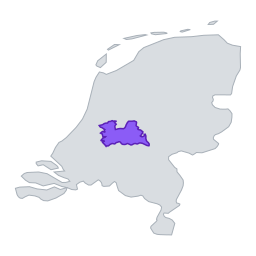 where Utrecht sits in Netherlands
{"feature_id": "NLD-3484", "entity_name": "Utrecht", "entity_type": "Province", "adm_level": 1, "iso_a3": "NLD", "parent_name": "Netherlands", "parent_adm1": "", "projection": "robinson", "projection_center": [5.188, 52.113], "detail": "fine", "context": "in_parent", "style": "filled", "palette": "violet", "viewbox_px": 256, "rotation_deg": 0, "n_neighbors": 0, "source": "natural_earth", "source_scale": "10m", "svg_char_len": 4971}
<svg xmlns="http://www.w3.org/2000/svg" viewBox="0 0 256 256"><path d="M171.6,234.9L165.6,234.8L159.9,234.6L157.0,234.3L153.8,233.1L152.3,230.8L150.6,228.0L151.0,226.3L156.3,221.4L157.1,220.1L156.5,219.4L157.1,217.2L161.1,209.9L161.6,207.0L159.8,205.0L157.2,203.8L148.7,201.6L144.6,198.6L142.8,195.9L140.9,195.2L138.1,196.1L131.1,197.1L125.4,195.6L118.6,190.6L117.1,186.1L116.2,182.7L114.5,181.5L112.3,183.2L109.4,186.0L103.8,186.4L102.1,185.7L101.9,184.2L101.5,182.7L100.0,180.9L98.3,179.8L91.1,185.0L88.5,185.0L85.1,183.0L83.4,181.1L79.8,182.2L76.4,184.6L77.5,189.1L75.8,189.9L71.7,189.5L67.1,187.6L61.9,186.5L54.1,183.4L43.2,185.9L35.7,182.9L29.4,182.6L25.5,180.2L21.3,176.1L24.3,173.5L27.2,172.5L38.7,172.0L47.1,173.7L62.1,182.5L65.9,182.4L69.9,181.3L67.9,178.9L64.1,177.7L58.5,175.4L54.1,172.0L64.6,171.0L63.2,169.3L61.8,166.3L50.8,156.1L52.7,153.3L55.5,147.4L59.0,142.4L61.8,141.1L66.3,137.6L76.2,127.3L82.5,119.0L87.2,109.1L94.1,81.7L96.1,77.1L99.4,72.0L103.5,72.9L106.3,74.4L116.4,70.5L133.7,60.4L138.8,51.7L143.8,47.6L163.6,39.7L174.6,37.3L191.5,36.7L203.7,35.3L218.4,34.8L224.0,39.7L227.3,43.2L232.5,45.2L240.6,46.6L240.2,53.7L240.5,67.6L239.9,70.1L236.3,76.0L232.6,86.6L231.6,93.5L230.5,94.9L215.0,94.8L212.8,96.0L212.5,97.5L213.3,99.3L213.0,101.1L211.7,102.5L212.4,104.8L215.1,107.5L220.1,109.1L225.3,109.2L228.0,108.9L230.0,110.8L232.0,113.7L231.9,117.3L231.2,122.2L228.7,126.7L221.6,131.9L218.4,133.7L215.4,134.6L214.0,136.0L213.3,137.8L213.5,139.3L218.6,143.5L218.5,144.4L217.1,146.6L215.1,148.6L202.0,152.8L196.5,152.5L193.4,154.6L192.5,155.0L189.0,153.1L181.3,150.9L178.4,151.6L176.8,152.8L172.0,154.3L168.6,156.7L168.6,159.7L174.7,167.4L176.9,168.9L177.0,171.8L180.0,175.5L183.1,180.0L183.4,182.9L183.1,185.8L181.5,190.0L176.3,199.7L176.2,201.6L176.7,203.0L178.5,203.4L179.9,204.1L179.5,205.4L169.5,212.2L168.3,213.3L164.1,213.0L163.4,214.1L164.0,216.0L165.6,217.5L169.2,218.4L172.3,220.1L174.8,223.4L171.6,234.9ZM67.1,187.6L66.2,190.4L63.9,193.5L56.0,198.0L47.8,200.9L43.6,200.6L40.7,199.0L39.2,197.4L34.9,195.9L28.9,195.1L25.1,196.8L22.4,198.4L20.1,198.1L18.4,196.8L17.1,194.7L15.4,188.3L19.8,187.1L29.5,186.7L37.0,188.9L46.8,190.0L54.4,186.9L60.3,189.5L67.1,187.6ZM50.9,161.4L56.6,165.4L57.8,166.7L58.3,168.1L51.0,169.7L43.2,164.7L38.1,165.9L36.2,163.6L36.2,162.1L41.5,160.8L50.9,161.4ZM106.2,62.3L100.4,67.6L96.9,66.1L95.9,64.9L97.7,60.8L106.3,54.0L106.2,62.3ZM131.8,38.9L126.4,39.5L123.9,38.4L137.0,35.5L145.3,34.6L146.7,35.0L131.8,38.9ZM166.9,33.5L155.4,34.7L151.5,33.8L150.9,32.9L154.0,32.4L163.8,32.2L166.8,33.0L166.9,33.5ZM119.2,44.7L108.4,50.1L107.5,49.3L114.5,44.5L119.2,44.7ZM213.5,24.3L208.2,24.5L209.7,22.5L214.7,21.1L217.3,21.1L213.5,24.3ZM190.3,29.6L182.2,32.1L180.2,31.6L180.7,30.9L187.8,29.3L190.3,29.6Z" fill="#d9dde1" stroke="#a8b0b8" stroke-width="1"/><path d="M136.8,122.1L136.7,122.1L136.4,123.5L136.2,124.8L136.1,125.6L136.4,126.1L138.5,127.4L138.4,128.1L138.2,128.4L137.8,128.7L137.7,128.8L138.0,129.4L139.4,129.8L140.6,130.0L141.0,130.3L141.5,130.9L141.8,131.0L142.3,131.3L142.7,131.7L142.9,131.8L142.9,132.1L142.6,132.6L142.6,133.1L142.6,133.3L142.6,133.5L142.0,133.5L141.5,134.3L141.2,135.1L141.0,135.3L140.7,135.6L140.3,135.9L140.4,136.0L140.5,136.2L142.1,136.8L142.7,136.6L143.3,136.3L143.5,136.2L143.9,136.1L144.2,135.9L144.4,135.5L144.5,135.2L144.5,134.9L144.3,134.4L145.2,134.2L145.8,135.7L145.8,136.1L145.9,136.5L145.8,138.3L146.4,140.6L147.1,141.6L148.3,142.6L148.7,143.3L149.0,143.6L149.1,143.9L149.2,144.3L149.1,145.5L148.9,145.8L147.0,145.5L142.4,143.3L139.9,142.9L139.2,143.1L138.0,143.7L137.5,143.9L136.8,143.9L135.3,143.5L133.9,143.7L132.2,144.7L131.0,145.0L127.7,143.5L126.8,143.7L125.8,144.3L124.4,144.5L123.5,144.4L122.9,144.4L121.8,143.9L121.3,143.4L120.5,142.3L119.7,141.8L118.9,141.7L118.4,141.9L117.9,142.2L116.5,142.5L116.0,142.8L115.1,143.7L114.6,143.9L112.1,143.5L110.1,144.4L108.5,145.8L107.9,145.9L106.5,145.9L106.1,146.4L104.9,144.8L103.0,142.9L102.5,142.2L103.0,141.9L103.5,141.7L104.2,141.4L103.9,140.5L101.3,140.8L101.0,140.3L102.9,138.1L105.2,137.2L105.6,136.7L102.9,136.7L102.2,133.9L101.3,133.6L100.5,133.1L100.9,132.8L102.3,131.6L102.5,131.5L102.9,131.5L103.1,131.6L103.3,131.7L103.5,131.7L104.5,132.1L104.8,132.0L104.9,131.9L104.9,131.7L104.4,130.6L104.2,129.8L104.7,129.5L101.9,127.6L100.6,127.2L100.2,126.9L99.9,126.6L99.2,125.5L101.9,124.9L103.1,124.4L104.0,123.7L105.3,123.2L107.6,123.0L108.4,121.7L108.6,121.6L108.9,121.5L109.4,121.5L110.5,121.4L112.0,120.7L112.4,120.7L112.8,120.9L113.1,121.0L113.3,121.4L114.3,121.0L116.6,121.2L114.9,121.8L114.6,122.1L114.8,122.4L114.9,122.7L114.9,122.9L115.0,123.1L115.3,123.3L115.5,123.4L115.6,123.6L115.8,123.7L115.9,123.9L116.2,124.3L115.2,125.3L114.8,126.8L115.1,127.9L115.4,129.5L117.0,129.2L118.0,128.8L120.2,128.5L123.5,128.7L124.6,128.0L125.1,127.4L125.5,126.6L125.8,126.0L126.0,125.2L127.2,122.9L128.3,121.5L128.5,121.3L129.0,121.2L132.3,121.2L134.2,120.9L136.6,122.0L136.8,122.1Z" fill="#8b5cf6" stroke="#5b21b6" stroke-width="1.5"/></svg>